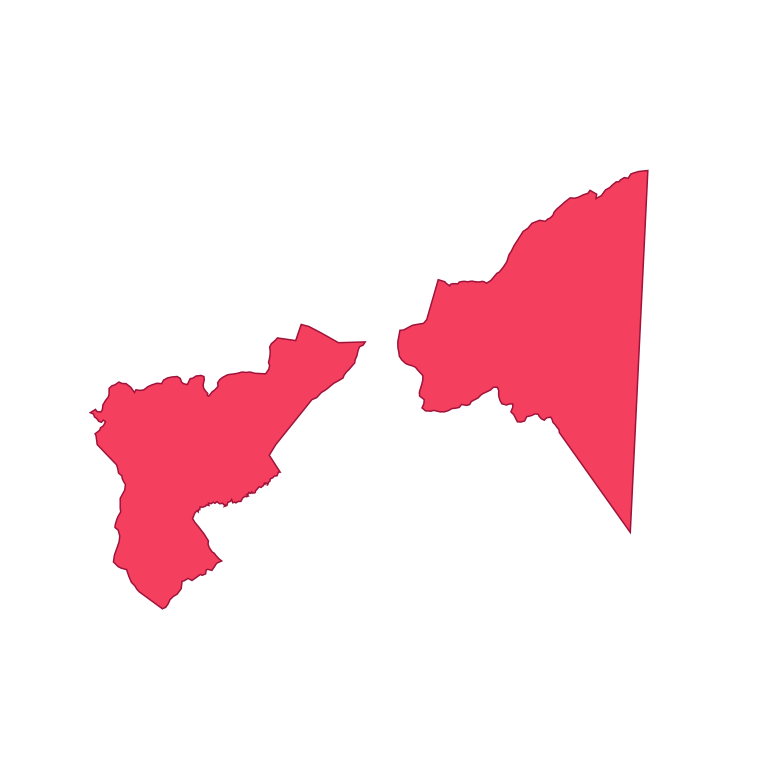 Wabag District, Enga, Papua New Guinea (orthographic projection), rotated 105°
{"feature_id": "67681753B54237044330512", "entity_name": "Wabag District", "entity_type": "district", "adm_level": 2, "iso_a3": "PNG", "parent_name": "Papua New Guinea", "parent_adm1": "Enga", "projection": "orthographic", "projection_center": [143.621, -5.349], "detail": "fine", "context": "isolated", "style": "filled", "palette": "rose", "viewbox_px": 768, "rotation_deg": 105, "n_neighbors": 0, "source": "geoboundaries", "source_scale": "gbopen_adm2", "svg_char_len": 4876}
<svg xmlns="http://www.w3.org/2000/svg" viewBox="0 0 768 768"><g transform="rotate(105 384 384)"><path d="M109.5,184.4L112.8,193.0L115.9,198.0L117.4,200.0L122.1,201.4L122.4,205.3L125.9,208.6L128.0,209.5L128.6,212.0L132.5,214.8L135.9,216.8L139.2,220.3L145.7,222.7L150.0,227.2L145.6,227.7L144.8,230.9L143.6,235.1L147.0,236.4L149.6,240.4L153.1,244.4L155.2,247.8L156.0,252.3L161.2,256.3L165.8,259.3L170.7,262.6L174.1,264.2L177.4,264.5L180.9,266.7L182.2,268.4L185.1,270.3L185.6,276.0L188.0,279.3L190.5,282.7L196.3,285.3L200.6,289.1L206.7,291.0L211.5,292.5L216.3,294.1L222.8,295.4L226.8,296.7L234.1,297.0L239.9,298.9L245.9,301.5L247.9,303.6L256.4,307.6L260.1,311.1L259.3,313.9L259.4,315.6L260.5,317.8L261.1,319.5L261.7,323.2L261.8,325.4L262.7,327.8L263.7,329.6L263.9,332.5L264.5,334.4L266.0,337.6L268.2,338.7L268.6,341.0L269.4,343.8L270.7,345.7L272.2,345.9L270.6,350.2L269.5,351.6L269.4,353.5L269.3,355.8L269.2,358.6L310.7,359.4L315.2,361.5L317.0,365.6L319.9,371.7L324.1,376.2L326.8,379.1L328.0,382.5L332.8,382.1L335.3,381.9L338.8,381.7L341.1,381.2L345.4,379.9L349.3,378.0L353.3,376.3L356.2,373.0L358.6,368.4L359.0,365.8L359.1,361.4L359.7,357.9L362.0,354.7L364.0,351.5L365.9,348.6L369.9,347.6L374.1,347.4L378.6,347.6L382.8,347.7L386.4,346.5L388.7,341.1L392.8,340.4L397.2,341.1L399.2,337.0L398.0,331.3L396.6,329.3L396.5,326.0L396.4,322.7L395.2,318.3L393.0,314.9L390.1,311.9L389.0,308.9L387.2,305.3L383.7,303.8L383.3,298.7L381.7,296.0L378.3,295.1L376.3,293.0L373.2,289.6L369.6,287.6L367.4,285.7L365.2,283.0L362.3,279.6L358.7,277.4L357.9,273.7L360.4,271.6L364.7,270.5L367.0,269.5L370.1,267.5L372.6,265.0L372.6,260.2L370.8,257.7L370.0,254.5L373.0,253.6L378.1,254.2L380.0,250.8L386.0,245.4L385.3,241.9L383.3,238.6L378.7,237.7L376.4,233.5L373.7,230.2L373.4,227.1L375.1,225.7L376.9,223.0L377.5,219.8L374.6,218.2L372.9,214.5L374.6,212.5L377.4,210.8L378.9,208.2L380.9,205.8L382.8,203.2L385.6,202.0L463.6,107.7L109.5,184.4ZM348.2,413.0L355.9,438.7L350.8,458.5L347.9,471.5L347.9,479.4L364.9,480.5L367.1,498.9L369.3,499.9L374.2,503.2L377.9,504.0L381.5,502.5L385.2,501.6L389.1,501.2L392.9,501.2L395.7,499.3L399.6,499.1L404.8,501.0L405.9,506.0L407.1,511.7L407.1,516.6L408.5,520.1L409.2,524.3L411.5,528.1L413.4,532.3L414.5,535.1L415.9,537.9L419.2,541.4L422.1,543.7L425.8,545.0L429.2,543.7L433.4,545.8L436.1,548.0L441.0,550.0L440.8,551.7L438.9,551.7L436.9,554.7L434.5,557.3L431.5,558.5L426.4,558.7L423.4,559.9L423.1,563.1L425.0,567.7L427.8,570.1L429.0,572.6L435.4,573.8L435.6,577.6L434.6,580.0L431.3,582.3L430.3,585.8L432.3,591.1L434.1,594.6L437.2,597.9L441.2,598.9L442.1,603.6L444.8,607.8L447.7,611.4L451.9,614.5L453.4,618.2L453.8,622.1L456.8,622.8L452.7,627.8L451.6,630.4L450.4,633.2L451.3,637.2L450.7,640.5L454.3,643.6L456.4,646.6L459.4,648.4L464.5,647.0L467.8,646.9L472.2,648.8L477.0,650.1L481.8,649.4L484.3,650.2L484.9,654.1L483.2,656.1L487.7,660.3L488.3,656.7L490.8,655.1L491.6,652.7L493.8,650.0L494.2,647.1L491.5,645.7L492.5,643.3L496.9,644.2L499.7,646.5L502.3,646.7L506.9,650.2L508.5,648.8L516.8,645.3L531.4,621.2L535.4,618.9L538.7,617.4L540.6,613.4L543.2,612.3L545.2,610.6L548.1,607.7L553.7,607.0L562.7,609.2L569.8,607.3L572.1,606.7L575.7,605.2L579.8,606.4L583.5,607.0L586.3,607.1L589.6,607.2L592.3,606.7L593.8,603.1L599.1,599.9L605.0,599.0L619.0,600.1L625.9,599.3L629.2,593.5L629.9,590.3L629.9,584.6L635.9,580.6L640.9,576.7L643.5,572.4L646.3,569.4L648.0,566.8L658.5,539.8L658.2,539.6L656.3,537.1L652.2,535.6L647.7,534.9L643.7,532.5L640.4,529.3L634.2,526.9L626.9,528.0L625.8,526.1L622.5,522.9L623.5,518.6L619.5,515.3L615.4,512.0L615.9,510.2L613.6,507.2L609.6,507.6L608.6,506.1L608.6,502.0L604.4,500.5L600.5,499.3L596.9,495.0L595.6,498.2L593.4,501.6L591.4,504.2L590.6,506.7L587.1,510.6L584.2,512.5L581.0,513.0L578.3,515.9L575.3,519.1L572.0,523.5L570.0,526.1L566.5,531.0L563.4,534.2L561.6,533.7L559.9,533.7L557.4,533.2L555.8,532.4L554.7,531.6L555.6,530.4L553.4,530.6L553.0,529.4L550.5,529.9L549.8,527.0L548.1,524.7L546.7,524.2L546.6,521.6L544.5,522.7L544.3,519.9L542.4,518.4L543.0,516.4L540.9,514.9L542.2,511.7L541.0,509.0L542.2,507.3L542.0,506.0L543.5,506.4L542.0,504.3L538.7,504.2L537.2,502.0L535.0,501.3L536.8,500.1L537.9,499.3L536.7,497.8L537.2,496.3L535.3,494.6L534.4,491.8L530.8,491.1L528.5,489.2L528.5,487.6L527.3,486.0L526.2,487.9L525.7,486.8L523.9,486.7L524.3,485.0L522.5,483.9L523.6,483.2L523.2,482.2L522.4,480.4L520.2,480.3L517.6,478.9L515.5,478.0L515.8,476.1L513.6,474.4L510.9,473.9L511.7,473.0L510.2,472.5L510.2,471.2L511.7,470.6L511.3,470.2L509.0,470.2L507.3,469.0L505.1,469.3L503.3,467.1L501.3,466.1L500.4,463.6L498.4,463.4L496.5,463.2L496.0,461.5L482.5,476.4L470.4,472.8L417.8,449.6L414.6,445.5L408.4,442.3L405.1,439.1L402.5,437.1L399.6,435.1L396.2,432.6L392.9,429.1L388.9,425.2L385.6,424.8L382.1,423.4L379.0,421.5L373.5,418.9L371.3,417.8L367.9,418.1L363.9,417.5L358.3,417.7L354.4,417.3L351.8,414.2L348.2,413.0Z" fill="#f43f5e" stroke="#9f1239" stroke-width="1.5"/></g></svg>